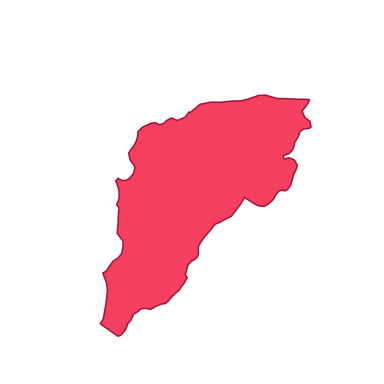 Agios Athanasios, Limassol, Cyprus (Robinson projection), rotated 57°
{"feature_id": "46923920B71165421067195", "entity_name": "Agios Athanasios", "entity_type": "district", "adm_level": 2, "iso_a3": "CYP", "parent_name": "Cyprus", "parent_adm1": "Limassol", "projection": "robinson", "projection_center": [33.058, 34.721], "detail": "fine", "context": "isolated", "style": "filled", "palette": "rose", "viewbox_px": 384, "rotation_deg": 57, "n_neighbors": 0, "source": "geoboundaries", "source_scale": "gbopen_adm2", "svg_char_len": 1888}
<svg xmlns="http://www.w3.org/2000/svg" viewBox="0 0 384 384"><g transform="rotate(57 192 192)"><path d="M178.9,43.3L177.3,44.4L172.1,52.4L165.4,61.6L159.8,69.8L151.0,77.4L147.3,83.5L144.6,94.2L142.4,101.0L137.1,109.7L132.2,119.4L127.1,126.9L122.8,137.4L124.4,149.9L123.2,151.3L124.0,152.9L125.5,157.0L124.8,161.4L123.9,165.5L118.8,168.8L118.2,173.9L119.0,178.4L117.9,182.6L113.5,185.3L111.8,190.0L110.7,198.1L111.7,204.0L116.1,207.6L119.4,211.6L121.5,215.4L123.3,220.6L124.9,224.0L131.6,226.5L138.6,226.0L140.9,227.1L144.7,231.1L146.5,237.2L146.2,241.3L143.8,244.8L140.2,246.5L141.1,249.9L148.0,251.4L151.7,252.8L156.9,256.0L159.7,259.3L161.8,262.2L165.8,261.8L169.0,264.8L178.8,271.6L185.7,277.2L195.8,276.7L199.8,279.3L205.2,284.2L207.1,290.1L207.1,296.3L209.3,301.4L211.6,307.1L211.4,311.0L221.5,313.1L228.8,316.7L239.5,325.6L249.8,335.2L252.7,340.7L272.6,332.7L272.6,332.4L273.3,330.3L272.6,326.7L271.4,322.9L269.6,320.3L267.3,317.3L266.6,313.8L265.4,311.7L262.7,307.4L262.8,302.2L262.1,298.9L264.2,294.3L267.8,290.8L268.0,288.3L268.4,283.4L269.4,278.6L271.0,275.3L270.4,270.6L269.1,266.6L268.1,262.1L267.2,255.7L265.4,252.0L263.9,247.5L261.1,242.7L257.9,242.7L251.4,235.7L249.9,231.1L249.9,226.8L249.6,223.3L247.5,220.3L244.0,218.1L241.0,216.2L239.1,212.5L236.4,205.6L235.0,200.6L233.3,195.4L231.6,190.2L232.6,185.3L232.9,180.1L233.8,172.4L232.0,166.9L228.9,158.4L225.3,151.0L236.3,145.9L239.6,143.8L241.6,141.7L243.4,139.3L243.7,135.7L243.3,131.7L242.4,127.5L239.6,122.4L238.6,118.1L239.4,115.7L241.5,113.8L242.1,110.5L239.9,105.4L232.6,97.1L230.3,93.2L228.3,90.5L226.5,89.0L220.8,88.8L218.0,90.5L215.8,92.6L215.3,95.1L214.0,96.9L211.4,95.8L211.7,93.2L212.7,89.8L211.4,84.4L208.8,81.1L207.9,80.3L206.5,79.1L203.5,72.7L200.3,68.6L199.9,64.3L202.6,58.8L202.4,56.8L197.0,54.5L191.4,56.7L184.2,55.7L180.9,46.6L178.9,43.3Z" fill="#f43f5e" stroke="#9f1239" stroke-width="1.5"/></g></svg>